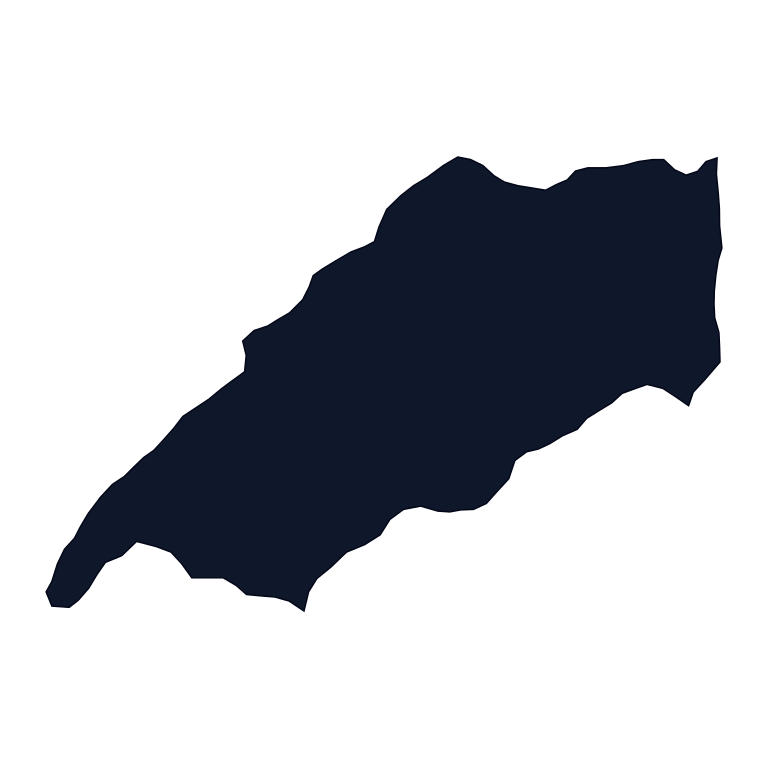 Dom Viçoso, Minas Gerais, Brazil
{"feature_id": "56859067B14316941385434", "entity_name": "Dom Viçoso", "entity_type": "district", "adm_level": 2, "iso_a3": "BRA", "parent_name": "Brazil", "parent_adm1": "Minas Gerais", "projection": "orthographic", "projection_center": [-45.148, -22.231], "detail": "fine", "context": "isolated", "style": "filled", "palette": "ink", "viewbox_px": 768, "rotation_deg": 0, "n_neighbors": 0, "source": "geoboundaries", "source_scale": "gbopen_adm2", "svg_char_len": 1680}
<svg xmlns="http://www.w3.org/2000/svg" viewBox="0 0 768 768"><path d="M335.8,260.8L322.2,269.1L313.2,275.6L309.3,286.6L302.6,299.8L289.6,312.8L277.6,319.8L267.7,326.0L254.1,330.5L242.7,341.0L246.2,355.4L244.6,371.7L230.7,381.9L221.3,388.9L209.0,399.1L194.7,408.6L182.9,416.4L173.5,428.6L162.2,441.3L153.9,450.3L143.7,457.5L133.8,467.0L124.3,476.5L112.5,484.3L100.5,497.2L88.1,513.7L80.4,526.7L74.5,538.2L64.5,549.2L57.4,563.9L51.8,581.6L46.1,591.9L51.9,606.1L69.2,607.3L78.2,600.3L88.8,588.1L96.9,574.6L105.4,562.4L121.8,555.6L136.6,541.4L156.4,546.6L171.0,552.1L181.6,563.6L191.8,577.8L208.4,577.8L223.2,577.8L236.3,585.5L246.5,594.5L260.1,595.8L274.9,597.0L289.0,601.0L304.0,611.0L308.6,591.8L316.9,578.5L331.0,567.0L346.5,552.1L364.7,544.6L380.2,534.8L389.9,519.4L403.5,509.4L420.6,506.1L437.9,511.1L449.7,511.9L460.8,509.9L473.5,509.4L486.4,503.4L497.1,491.4L508.8,478.7L514.9,460.5L526.6,451.8L538.4,449.0L550.4,443.3L562.4,435.8L577.2,429.3L586.7,418.3L598.5,410.9L611.7,402.9L622.1,393.4L632.9,389.4L647.0,384.4L662.9,388.4L675.6,396.7L688.6,405.7L693.2,392.2L704.5,380.0L720.0,362.0L719.6,347.3L718.9,332.5L714.7,317.8L714.0,304.3L714.3,291.1L715.9,274.9L718.2,260.2L721.9,248.0L719.6,225.7L719.4,208.5L718.3,193.6L716.4,173.8L717.1,157.9L706.0,161.6L697.7,171.3L686.1,175.1L674.6,169.8L663.7,159.6L652.6,159.6L638.3,161.6L623.5,165.6L606.2,167.8L587.9,167.8L575.5,171.0L567.1,180.0L556.5,184.5L545.6,190.2L530.4,187.7L517.9,185.7L504.3,182.0L494.1,175.8L482.8,165.5L470.5,159.5L457.8,157.0L443.7,165.3L427.1,177.5L413.5,185.7L401.0,195.5L386.7,209.4L379.0,226.9L374.4,241.6L364.3,246.9L351.1,251.9L335.8,260.8Z" fill="#0f172a" stroke="#020617" stroke-width="1.5"/></svg>